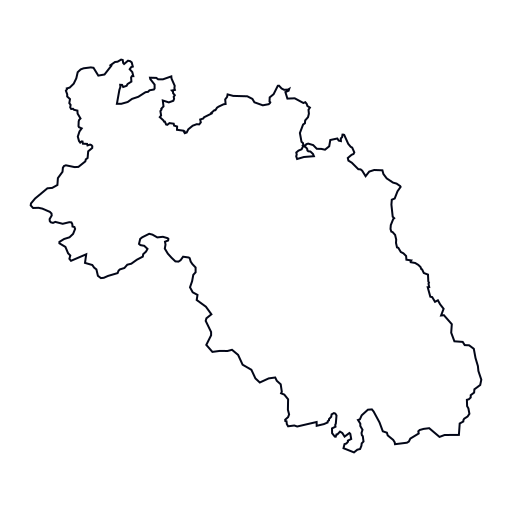 outline of Carrick-On-Shannon Lea-6, Leitrim, Ireland
{"feature_id": "5873133B60046508730190", "entity_name": "Carrick-On-Shannon Lea-6", "entity_type": "district", "adm_level": 2, "iso_a3": "IRL", "parent_name": "Ireland", "parent_adm1": "Leitrim", "projection": "robinson", "projection_center": [-7.954, 53.923], "detail": "fine", "context": "isolated", "style": "outline", "palette": "ink", "viewbox_px": 512, "rotation_deg": 0, "n_neighbors": 0, "source": "geoboundaries", "source_scale": "gbopen_adm2", "svg_char_len": 5938}
<svg xmlns="http://www.w3.org/2000/svg" viewBox="0 0 512 512"><path d="M469.4,413.8L468.4,408.4L467.1,406.1L466.9,399.8L468.8,399.3L470.7,397.5L470.7,395.2L474.1,392.6L474.4,389.3L480.2,385.0L481.3,379.7L478.4,371.0L477.9,366.1L475.5,358.0L473.8,348.8L469.1,345.3L464.7,345.1L462.7,341.9L454.4,341.3L451.2,332.7L451.8,324.2L443.9,315.2L441.1,315.5L443.6,308.8L440.1,304.3L437.9,300.3L435.0,301.8L432.2,297.1L430.3,296.7L427.7,287.2L429.2,287.1L428.5,283.8L429.0,282.7L428.3,281.4L428.0,274.6L423.8,273.0L422.1,269.4L421.3,269.1L420.5,267.0L418.3,264.9L415.2,263.0L410.7,262.2L410.5,261.1L411.1,260.4L406.4,259.7L406.1,256.0L403.4,253.3L400.8,252.0L398.3,247.8L397.0,247.4L396.0,242.9L396.2,239.6L395.1,234.9L392.6,232.1L391.3,231.6L390.5,229.0L390.8,225.1L393.2,219.1L394.2,218.2L392.7,216.7L391.4,204.6L391.8,199.7L394.7,198.5L397.5,191.3L400.6,186.9L400.2,186.1L396.6,183.6L393.0,182.6L386.7,178.4L383.4,174.0L382.4,170.3L374.2,170.0L369.2,171.6L365.6,176.2L362.2,170.7L360.6,169.4L358.3,169.2L351.8,162.7L348.4,160.6L347.8,158.0L351.6,154.8L353.5,154.0L354.3,152.4L352.2,147.6L350.7,146.8L348.2,143.8L344.2,134.9L343.4,134.6L342.5,134.6L342.1,137.2L340.8,138.4L340.9,141.1L338.7,140.6L337.3,138.5L330.3,140.0L329.2,146.3L325.0,149.7L321.3,148.9L316.8,148.8L313.2,145.1L308.2,143.6L306.3,144.2L305.7,145.1L303.4,145.7L306.4,147.8L307.3,149.2L307.4,150.5L308.3,151.3L310.4,151.5L313.0,154.0L313.9,156.2L303.9,157.0L297.1,159.0L296.2,156.2L296.7,154.7L296.3,152.5L298.5,150.6L301.6,149.3L303.3,145.8L303.0,143.1L301.5,141.8L299.9,133.0L303.1,124.5L304.9,123.3L305.2,120.4L308.0,117.2L308.9,113.7L308.5,109.8L309.9,107.6L307.4,106.0L306.7,103.9L305.3,102.2L303.4,103.0L294.7,98.3L287.4,98.6L285.4,92.1L288.6,90.7L289.2,88.9L288.0,89.6L284.1,89.8L281.6,88.5L279.0,85.7L277.8,85.8L273.6,94.2L269.7,97.4L269.5,101.4L270.3,102.3L269.9,103.1L268.7,104.2L262.8,105.3L254.4,102.3L252.4,98.9L247.3,96.3L233.2,95.9L227.6,94.4L227.1,96.9L225.2,99.4L225.6,104.0L223.5,104.3L218.5,106.7L217.0,107.7L215.4,110.2L214.4,110.2L211.2,113.0L211.6,113.5L204.0,117.3L203.3,118.5L200.2,119.5L200.8,122.4L199.2,124.4L196.7,124.2L192.7,125.7L188.3,129.3L186.7,132.5L184.8,133.2L183.8,131.5L184.3,131.2L183.6,130.7L177.0,129.8L177.1,126.5L174.1,125.6L173.7,123.7L169.5,123.1L167.3,124.8L166.1,124.5L164.9,121.7L164.1,121.7L163.3,120.3L159.8,117.1L161.1,115.5L160.4,111.1L161.5,109.6L161.3,108.7L163.5,106.4L162.8,100.5L168.8,102.4L173.3,100.8L174.1,98.8L173.7,96.8L174.8,95.2L173.1,93.2L173.0,91.7L171.9,90.5L174.9,89.9L174.4,88.2L174.7,85.8L171.5,78.5L171.3,76.4L163.0,79.3L158.1,79.3L156.3,77.9L150.0,77.7L150.3,79.1L154.6,84.6L154.6,88.5L153.9,89.5L149.5,90.3L148.1,91.8L145.5,92.2L138.3,96.8L132.0,98.9L127.7,102.0L121.3,103.8L116.9,103.8L119.4,89.8L120.4,87.0L120.2,84.8L122.1,84.9L123.2,87.0L126.6,85.8L127.6,84.0L131.4,81.6L131.1,77.5L131.9,76.1L133.3,76.1L132.3,72.1L129.7,69.2L131.2,67.1L132.8,66.6L131.7,62.4L130.2,61.2L128.0,60.7L124.1,64.0L123.2,63.0L122.7,60.0L121.1,59.6L117.6,61.7L115.0,62.0L110.5,65.2L111.3,65.8L104.5,74.5L98.3,75.6L93.5,67.8L90.8,67.4L83.6,68.3L80.7,69.4L77.7,72.2L76.3,78.3L73.7,83.7L69.7,87.6L66.8,88.4L67.0,89.2L65.9,90.7L67.2,94.3L67.2,96.5L70.0,99.1L69.3,103.1L70.6,104.9L70.2,107.4L71.2,109.0L73.0,108.8L74.0,109.8L77.4,110.6L77.6,113.6L80.5,118.5L79.2,119.8L78.7,121.3L78.5,126.2L79.0,127.2L81.7,128.4L79.5,131.4L77.8,136.6L79.0,141.0L80.2,142.6L81.6,141.4L82.5,141.5L82.9,143.7L87.1,143.9L87.5,145.4L90.1,144.6L91.4,145.1L92.3,146.2L92.2,148.0L88.2,151.3L87.6,158.0L85.8,159.4L85.3,161.4L78.4,166.9L74.6,167.1L65.9,165.3L64.0,166.0L62.9,167.7L62.5,171.8L57.9,178.1L57.4,185.0L52.2,187.9L47.4,188.3L35.1,198.5L31.0,203.4L30.7,205.4L33.1,208.0L38.5,207.8L42.3,208.6L49.9,211.9L51.5,213.5L51.7,215.5L49.6,219.1L49.8,221.1L50.8,222.3L53.0,222.9L55.3,221.9L62.7,223.8L69.3,222.2L71.4,222.4L72.3,224.1L72.5,226.5L74.4,227.0L75.1,228.9L73.1,233.9L69.5,237.3L64.1,239.0L59.4,241.9L59.4,243.3L65.4,246.9L68.1,253.3L70.3,255.5L69.4,258.8L71.0,260.8L86.2,254.3L85.0,262.9L92.3,265.0L94.1,267.6L96.4,269.4L97.9,275.8L100.9,278.1L103.8,277.8L108.1,275.9L117.6,273.1L118.6,270.6L119.9,269.4L124.4,268.0L127.3,264.7L131.3,263.7L136.9,259.7L142.8,256.6L143.2,254.2L146.0,251.6L147.5,248.9L144.2,245.8L140.4,245.1L139.0,243.9L140.2,238.9L142.2,237.3L149.2,233.8L152.4,234.6L157.3,237.4L162.9,236.8L167.7,238.2L168.4,238.9L168.1,240.5L165.0,241.7L165.5,244.6L164.8,248.6L167.8,253.6L171.5,257.7L175.4,261.4L178.5,261.6L180.6,260.2L183.1,256.7L188.7,257.5L189.7,258.2L190.7,261.6L192.3,264.0L195.6,267.5L195.6,272.3L193.3,274.8L192.1,281.2L190.0,287.3L192.7,292.3L197.5,294.9L196.7,300.0L205.9,306.7L211.4,314.3L206.4,318.3L205.7,320.9L211.1,332.0L211.1,335.3L206.3,344.9L212.4,351.9L219.8,350.9L227.5,351.0L232.0,349.8L238.1,354.9L242.6,364.7L251.4,369.8L255.4,378.4L259.8,382.5L268.7,378.4L275.2,377.5L276.8,380.8L280.7,384.3L281.8,391.7L281.1,393.3L284.3,394.6L288.1,399.3L287.9,409.8L289.1,414.4L288.1,417.1L285.2,419.7L285.3,421.0L286.5,421.3L286.8,424.0L288.1,426.3L294.3,425.5L297.2,426.5L316.6,422.0L316.7,425.8L323.9,424.1L327.6,422.5L327.7,421.3L329.0,420.3L329.0,419.1L331.2,416.8L331.6,414.4L333.9,413.1L335.3,413.6L336.5,415.5L335.8,423.6L335.2,425.0L335.5,426.7L332.0,428.4L332.1,433.2L334.8,436.6L335.7,436.7L336.5,434.4L337.4,434.4L340.0,431.6L342.3,433.0L344.6,436.6L349.4,433.0L350.3,433.9L351.2,439.0L347.9,440.6L348.0,441.7L346.4,443.5L344.5,444.1L343.5,448.2L354.0,452.4L357.3,449.7L360.1,449.0L361.4,445.8L361.7,443.4L363.5,441.5L362.8,436.2L361.9,435.2L361.5,433.0L362.5,429.8L360.3,426.0L360.3,423.6L358.0,420.0L359.9,419.3L361.7,415.3L367.9,409.7L371.9,409.4L373.6,411.5L379.5,422.4L382.8,431.3L386.9,432.7L387.7,435.4L393.2,439.9L394.7,442.3L395.0,444.2L407.0,442.7L408.9,441.5L410.3,438.6L418.7,433.5L418.3,431.3L419.7,430.0L423.6,428.9L429.2,428.2L439.5,436.9L444.6,435.0L458.9,434.9L459.7,423.5L463.3,421.5L463.4,420.1L464.2,418.7L467.6,416.5L469.4,413.8Z" fill="none" stroke="#020617" stroke-width="2"/></svg>